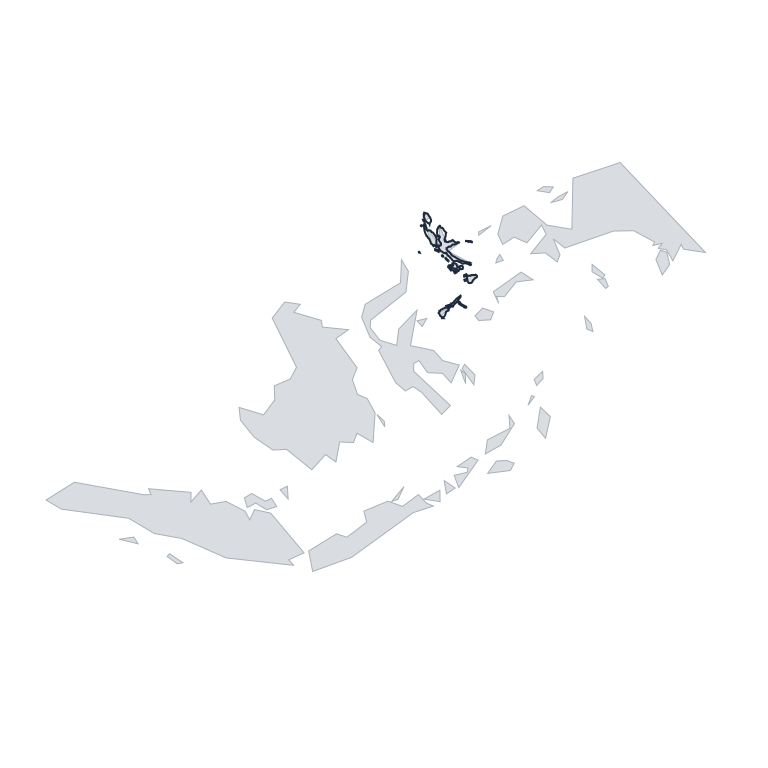 Maluku Utara on a map of Indonesia (Equal Earth projection), rotated 316°
{"feature_id": "IDN-538", "entity_name": "Maluku Utara", "entity_type": "Province", "adm_level": 1, "iso_a3": "IDN", "parent_name": "Indonesia", "parent_adm1": "", "projection": "equal_earth", "projection_center": [127.364, 0.08], "detail": "fine", "context": "in_parent", "style": "outline", "palette": "slate", "viewbox_px": 768, "rotation_deg": 316, "n_neighbors": 0, "source": "natural_earth", "source_scale": "10m", "svg_char_len": 9840}
<svg xmlns="http://www.w3.org/2000/svg" viewBox="0 0 768 768"><g transform="rotate(316 384 384)"><path d="M263.5,300.2L275.9,322.5L294.4,319.6L303.8,309.1L320.1,315.3L332.7,311.2L349.4,258.9L369.6,256.1L379.1,268.5L368.9,269.8L383.1,294.7L379.2,300.2L396.1,320.2L380.9,317.9L375.9,353.6L364.3,358.9L357.7,373.0L361.8,382.8L357.5,398.6L335.5,418.5L330.4,400.7L321.4,404.9L311.8,394.9L295.2,406.7L292.9,394.1L272.5,395.5L268.5,363.3L258.2,354.3L253.7,332.1L255.6,310.3L263.5,300.2ZM60.3,232.7L93.0,239.6L134.5,297.1L139.6,301.7L141.9,295.8L169.9,327.9L163.1,334.8L179.0,333.4L175.7,349.9L188.8,358.7L195.7,378.9L193.0,388.5L203.6,384.4L212.8,398.2L209.2,449.9L193.4,444.3L193.0,451.6L149.6,399.4L131.3,354.7L115.0,332.2L107.1,303.3L65.0,249.9L60.3,232.7ZM707.7,388.7L706.6,512.7L693.1,495.2L694.8,490.0L677.4,496.0L680.4,483.6L675.6,477.2L677.3,476.3L680.1,476.7L681.7,476.0L673.6,471.2L677.3,469.7L670.1,447.2L655.2,433.3L608.5,411.8L606.6,397.2L600.3,413.3L593.4,416.4L591.2,401.8L580.1,392.2L604.6,389.0L607.8,379.1L584.9,381.7L579.6,368.7L566.3,366.1L570.0,355.3L586.2,345.7L608.6,353.1L611.6,383.0L626.6,403.2L662.9,367.2L707.7,388.7ZM479.8,319.9L463.7,333.1L418.7,328.8L413.2,333.8L411.4,349.5L419.9,365.1L432.8,354.7L459.1,353.8L429.7,374.8L443.0,394.4L442.5,408.0L451.3,422.7L433.1,429.8L433.5,417.0L423.2,406.1L425.4,391.5L419.8,389.8L414.2,395.2L416.8,445.6L404.4,446.0L405.3,415.9L403.0,406.0L394.5,403.8L393.3,390.9L403.5,356.2L408.3,355.4L406.5,340.6L414.3,320.4L425.8,313.6L466.2,322.7L482.9,306.7L479.8,319.9ZM213.8,451.8L245.8,458.8L250.8,468.4L275.6,471.4L281.2,461.5L305.4,471.0L312.3,484.9L332.0,487.5L331.8,499.1L334.7,506.1L315.8,496.9L240.4,486.2L202.5,469.3L213.8,451.8ZM520.1,322.7L533.6,308.9L527.6,324.9L536.6,334.8L522.3,333.2L529.9,356.0L519.5,343.5L515.8,317.1L524.4,296.9L520.1,322.7ZM526.7,393.6L560.3,398.7L563.6,412.6L550.0,402.4L531.2,404.8L525.7,399.2L522.5,405.7L526.7,393.6ZM450.3,503.1L425.7,509.2L408.3,504.7L419.6,496.0L443.8,503.4L452.1,493.4L450.3,503.1ZM379.3,494.3L395.8,497.1L398.8,504.1L365.8,510.5L371.0,498.4L382.4,505.3L386.1,502.7L379.3,494.3ZM480.4,509.3L481.0,523.0L462.5,535.3L463.4,522.1L480.4,509.3ZM212.7,370.8L217.3,386.0L223.7,388.1L221.7,397.6L212.2,392.9L209.1,380.6L199.8,377.9L204.4,369.0L212.7,370.8ZM672.4,496.6L659.9,498.8L666.2,483.2L675.9,479.9L678.9,485.7L672.4,496.6ZM411.3,517.5L419.0,524.1L422.6,531.4L414.8,534.0L396.5,520.3L411.3,517.5ZM507.7,397.9L512.9,408.3L505.3,411.9L496.3,404.2L496.8,398.2L507.7,397.9ZM332.9,494.6L350.4,499.2L342.6,507.6L332.9,494.6ZM360.2,495.3L362.9,508.3L352.6,506.4L360.2,495.3ZM243.5,390.4L235.1,400.2L235.8,387.9L243.5,390.4ZM616.8,442.5L618.7,459.0L614.9,459.8L611.6,447.8L616.8,442.5ZM327.1,471.7L313.8,476.7L308.1,473.8L327.1,471.7ZM455.6,425.8L455.8,440.7L448.1,447.0L451.0,427.1L455.6,425.8ZM85.6,311.7L97.7,320.3L96.1,328.1L85.6,311.7ZM115.2,372.9L110.4,369.7L108.2,357.4L111.8,357.1L115.2,372.9ZM570.7,491.4L568.1,485.4L575.3,474.6L575.0,484.3L570.7,491.4ZM557.4,340.3L571.2,344.5L555.6,342.9L557.4,340.3ZM473.1,370.6L485.8,374.8L471.8,374.4L473.1,370.6ZM449.7,433.1L443.0,440.4L448.9,427.1L449.7,433.1ZM628.5,351.4L635.8,352.8L642.6,359.8L636.1,361.4L628.5,351.4ZM506.9,485.1L502.3,490.5L492.8,491.1L495.2,485.0L506.9,485.1ZM616.2,461.8L613.2,469.5L609.9,469.3L610.3,457.0L616.2,461.8ZM526.0,370.6L517.7,371.9L515.3,369.3L518.9,364.4L526.0,370.6ZM629.8,369.3L640.1,370.5L649.9,373.3L640.5,375.1L629.8,369.3ZM451.7,361.5L460.3,366.6L451.4,369.2L451.7,361.5ZM532.7,296.4L527.0,295.0L532.4,289.3L532.7,296.4ZM472.8,499.3L482.2,494.9L483.4,497.6L472.8,499.3ZM557.2,371.2L555.7,378.0L548.5,374.6L552.1,372.5L557.2,371.2ZM358.4,410.8L354.8,415.4L357.7,401.0L358.4,410.8ZM517.7,345.0L522.2,354.4L520.5,355.8L513.9,348.5L517.7,345.0Z" fill="#d9dde1" stroke="#a8b0b8" stroke-width="1"/><path d="M519.1,342.9L519.4,341.3L519.4,339.1L519.6,338.0L519.3,336.6L519.3,335.8L519.8,332.9L519.6,332.4L519.0,332.4L517.9,331.0L517.6,328.9L517.2,328.2L517.6,324.8L518.0,324.4L518.5,323.0L518.4,322.5L516.9,322.0L516.7,321.6L517.0,320.6L516.8,319.9L516.6,319.8L516.7,318.8L516.4,318.6L515.4,319.0L515.4,318.3L515.7,317.4L515.3,315.8L516.3,313.8L517.4,310.7L517.1,309.7L517.6,308.4L517.4,307.5L517.8,307.1L517.8,306.7L517.6,306.6L518.6,303.9L519.5,302.1L522.3,298.3L522.9,297.1L523.2,297.0L523.9,297.3L524.5,296.8L524.7,297.5L524.3,298.6L523.7,299.5L523.4,299.7L522.9,301.4L521.9,302.1L521.7,303.6L521.8,304.1L522.1,304.4L523.0,304.5L524.1,306.1L523.8,307.8L524.2,308.5L524.4,309.5L524.1,311.0L524.1,312.3L523.8,312.7L524.1,314.0L523.5,314.1L522.3,316.9L521.5,317.1L518.7,319.8L518.6,321.0L519.0,321.9L519.9,322.6L520.2,323.3L521.0,323.7L521.8,323.4L522.8,322.3L523.0,319.7L523.8,318.2L524.6,317.5L525.9,317.4L526.4,316.9L526.6,316.1L526.4,315.4L526.1,315.2L525.2,315.3L525.2,314.9L525.9,314.1L526.8,312.4L527.9,311.4L528.5,311.1L529.0,310.2L530.1,309.5L530.7,309.4L531.1,309.7L531.5,309.1L532.4,308.8L534.1,308.9L534.2,309.3L533.6,310.2L533.6,311.3L534.0,311.9L534.4,312.1L534.5,313.2L534.4,313.7L534.1,314.0L534.0,314.3L533.8,316.5L533.9,317.8L533.8,318.5L533.1,318.6L531.4,320.2L530.6,320.5L530.1,321.1L528.1,321.8L528.0,322.6L528.1,323.2L527.2,323.1L526.9,324.1L528.3,326.2L529.0,326.6L530.1,326.7L530.7,327.5L531.5,327.7L532.0,328.0L532.6,328.0L533.1,328.3L533.3,328.1L533.5,328.3L533.4,329.5L533.6,330.1L533.6,332.3L533.8,332.6L535.5,333.0L536.3,334.0L536.6,334.9L535.9,334.1L533.8,333.4L533.5,333.5L532.8,333.0L531.5,332.7L530.4,331.4L527.6,331.4L527.2,331.0L526.8,331.1L526.0,330.2L523.6,329.9L523.3,329.7L522.6,330.6L522.4,332.1L522.1,332.7L522.2,333.2L522.6,334.1L522.7,336.1L522.3,337.2L522.2,338.5L522.5,339.9L523.5,342.7L523.6,344.0L524.1,344.9L524.5,346.8L525.2,348.8L525.8,349.6L527.1,352.5L529.1,355.2L530.0,356.0L530.1,356.3L529.6,356.0L527.4,355.5L527.1,355.0L527.4,354.7L527.7,354.8L527.4,354.1L524.3,352.3L523.4,349.6L522.6,348.0L522.2,346.7L521.8,345.9L519.7,344.4L519.1,342.9ZM485.8,372.9L485.9,374.9L483.4,374.7L482.9,375.1L482.1,375.0L481.8,375.2L481.5,376.0L478.9,375.1L476.7,376.5L474.9,377.2L473.6,377.3L472.9,377.2L471.8,374.6L471.9,373.8L472.4,372.3L472.6,370.8L474.1,370.3L474.5,370.0L474.7,370.5L475.1,370.3L476.1,370.1L476.9,370.2L477.9,370.7L478.7,370.8L479.5,371.2L480.5,371.5L480.7,371.3L481.7,371.8L482.0,372.6L482.1,372.4L482.5,372.6L482.9,372.5L482.7,372.4L483.1,371.0L484.0,371.5L484.1,371.8L484.1,373.1L484.5,373.1L484.7,372.2L485.2,371.9L485.6,372.2L485.3,373.0L485.8,372.9ZM525.7,368.8L526.1,370.2L526.0,370.8L525.1,371.6L524.6,371.7L522.6,371.0L521.8,371.3L519.7,371.2L518.9,371.8L517.2,372.0L515.8,371.1L515.1,370.1L515.8,365.9L516.6,366.6L517.1,365.7L518.7,364.3L520.2,364.8L520.5,365.0L520.8,365.7L521.5,366.3L522.4,366.2L524.0,367.6L524.4,368.3L525.1,368.8L525.7,368.8ZM533.6,291.5L533.7,292.3L533.0,294.5L533.0,295.7L531.9,298.6L530.8,299.7L528.8,300.0L527.7,300.8L528.0,300.0L527.4,298.7L527.3,296.5L527.2,296.0L526.7,295.6L527.8,293.7L528.4,292.0L528.9,291.2L529.8,290.6L530.0,289.9L530.3,289.5L531.2,289.8L531.6,288.8L531.9,288.6L532.1,288.8L532.8,290.3L533.6,291.5ZM521.9,352.7L522.4,353.7L522.1,354.5L521.3,355.4L520.4,355.9L519.4,355.2L519.0,354.7L519.0,353.8L518.6,353.3L517.3,354.2L516.2,354.5L515.9,352.8L516.4,351.2L515.3,350.8L515.3,350.4L515.0,350.2L514.6,349.3L513.9,348.4L513.8,347.7L514.4,346.5L514.2,345.4L515.0,345.2L515.6,345.9L515.7,346.6L516.0,346.8L516.2,346.7L516.5,345.5L516.8,345.3L517.0,344.7L517.9,345.1L518.0,345.6L518.4,345.9L518.6,346.7L518.9,346.8L519.4,348.1L518.4,349.9L518.3,350.7L518.4,351.1L518.9,351.2L518.9,352.4L519.3,352.6L520.0,352.2L520.9,352.1L521.9,352.7ZM494.8,373.0L500.4,373.6L500.3,374.0L499.4,374.6L495.2,375.2L494.5,375.8L493.7,375.2L492.5,375.6L490.1,375.5L487.5,376.1L487.6,375.4L487.5,374.8L486.7,374.3L486.4,374.8L486.1,374.3L486.3,373.5L486.7,373.3L486.8,372.9L487.0,372.8L487.5,373.3L488.2,372.8L488.4,373.4L489.7,373.3L490.0,373.5L491.3,373.7L492.1,373.2L493.1,373.3L494.8,373.0ZM495.2,380.5L496.8,385.5L496.6,385.9L496.2,386.2L495.7,385.9L495.0,384.8L494.8,382.3L494.2,381.5L494.1,380.3L493.6,378.8L493.6,378.1L494.1,376.9L494.6,376.4L495.3,377.0L495.5,377.4L495.1,379.7L495.2,380.5ZM513.0,348.3L512.2,348.9L511.4,348.9L511.5,348.7L511.2,348.5L511.5,348.1L511.4,347.4L511.1,347.3L511.3,346.0L511.5,345.8L511.3,344.4L512.2,343.8L513.0,343.7L513.3,344.2L513.9,344.3L513.8,344.7L513.3,344.8L513.3,345.1L513.7,346.6L513.4,346.8L513.5,347.6L513.3,348.4L513.0,348.3ZM513.9,353.1L514.2,354.1L513.6,354.3L513.2,353.9L512.2,353.9L511.9,353.7L511.9,352.9L512.4,351.8L512.5,350.8L513.4,350.8L513.2,351.1L513.9,352.3L513.9,353.1ZM545.7,341.5L546.1,342.6L545.7,343.1L545.4,342.9L544.5,341.1L543.3,340.4L543.3,339.6L542.8,338.7L542.2,338.2L542.4,338.0L545.7,341.5ZM519.5,362.1L519.5,362.8L519.1,363.2L517.5,362.5L517.2,362.6L517.0,363.0L516.2,362.5L516.8,361.6L517.4,361.3L518.6,362.0L519.5,362.1ZM515.1,327.0L514.8,326.2L515.0,325.6L515.1,324.5L515.6,324.5L516.0,325.0L516.0,326.2L515.5,326.8L515.1,327.0ZM516.2,339.0L516.1,339.7L515.8,339.3L515.8,338.8L515.5,338.5L515.3,338.9L515.2,337.9L515.5,336.1L516.1,336.2L515.9,336.6L516.2,339.0ZM515.0,323.5L514.6,324.4L514.1,324.5L513.7,323.6L513.8,322.9L514.3,322.4L514.8,322.9L515.0,323.5ZM515.3,331.7L515.6,332.2L515.6,332.9L515.3,333.5L514.8,333.5L514.5,332.3L514.8,331.8L515.3,331.7ZM526.6,293.7L526.3,295.0L526.1,295.3L525.7,294.7L525.7,293.9L526.1,293.0L526.6,293.7ZM515.0,365.0L515.1,365.8L514.6,365.9L514.2,366.3L513.7,366.1L513.7,365.7L514.0,365.2L514.3,365.2L514.4,364.8L515.0,365.0ZM529.1,357.8L529.6,357.9L529.6,358.5L529.2,358.7L528.5,358.4L528.5,357.6L528.1,357.2L528.2,356.9L528.5,356.9L529.1,357.8ZM472.1,376.3L472.4,376.6L472.4,377.0L472.4,377.9L471.4,376.9L471.7,376.4L472.1,376.3ZM520.5,295.6L521.2,295.7L521.3,296.3L521.1,296.7L520.8,296.7L520.4,296.5L520.3,296.0L520.5,295.6ZM500.8,313.2L501.2,313.5L500.9,314.4L500.4,313.6L500.8,313.2Z" fill="none" stroke="#1e293b" stroke-width="2"/></g></svg>